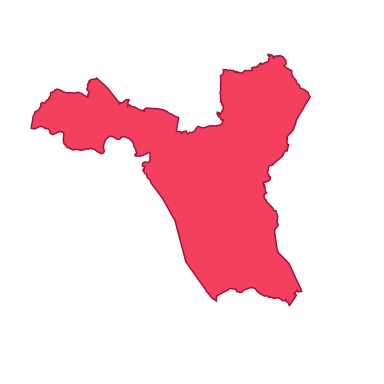 the district of El Limón, Jalisco, Mexico, rotated 255°
{"feature_id": "50627088B95926354203018", "entity_name": "El Limón", "entity_type": "district", "adm_level": 2, "iso_a3": "MEX", "parent_name": "Mexico", "parent_adm1": "Jalisco", "projection": "mercator", "projection_center": [-104.085, 19.851], "detail": "fine", "context": "isolated", "style": "filled", "palette": "rose", "viewbox_px": 384, "rotation_deg": 255, "n_neighbors": 0, "source": "geoboundaries", "source_scale": "gbopen_adm2", "svg_char_len": 6049}
<svg xmlns="http://www.w3.org/2000/svg" viewBox="0 0 384 384"><g transform="rotate(255 192 192)"><path d="M80.4,187.4L85.2,188.9L87.1,196.8L87.9,201.5L89.1,203.2L87.0,208.5L85.7,209.7L85.1,209.3L84.2,209.6L82.3,212.9L82.5,214.7L83.0,215.1L83.9,217.4L84.2,219.2L84.4,223.2L84.2,224.9L83.6,226.4L82.4,227.9L81.2,228.6L79.9,228.9L76.5,231.2L72.9,234.9L72.5,236.1L72.5,237.2L70.6,238.9L70.1,239.7L70.1,241.3L68.3,243.2L67.9,244.4L67.8,247.0L66.4,249.5L63.9,251.0L63.0,253.4L62.9,254.4L63.3,254.8L62.2,254.6L60.2,256.1L59.1,256.4L57.2,256.5L57.2,257.0L65.2,266.1L67.4,264.5L67.3,265.1L67.9,265.7L68.2,265.8L69.9,267.9L68.1,268.6L68.4,269.0L68.2,269.7L67.6,270.3L67.7,272.2L68.6,272.0L69.4,272.2L80.6,270.1L97.5,267.3L102.7,264.6L110.7,259.8L114.2,259.4L118.5,259.8L130.2,261.2L132.9,261.8L134.4,262.3L136.7,265.7L138.5,267.0L139.6,266.5L140.2,266.6L140.8,266.2L146.0,268.4L152.3,268.1L152.8,266.6L153.9,266.1L155.8,265.8L155.9,265.5L157.3,265.1L159.6,263.4L161.0,263.0L161.8,262.0L165.2,261.5L165.5,260.9L167.1,260.7L167.8,260.0L169.5,260.8L170.3,260.7L170.8,261.4L171.4,261.7L171.2,262.3L171.8,263.9L173.9,263.1L177.5,263.3L177.5,263.7L178.1,264.0L178.5,263.4L178.9,263.6L179.4,262.9L180.2,263.6L180.4,263.0L180.8,262.7L181.1,263.0L182.7,263.0L182.4,263.7L182.5,265.6L182.2,265.8L183.1,266.9L182.8,267.6L182.9,268.9L183.0,269.4L183.7,269.8L183.8,270.8L185.3,271.4L186.7,271.4L187.0,270.4L188.2,270.6L190.3,270.1L192.0,270.1L193.1,271.6L194.4,271.5L195.6,271.9L197.4,273.5L197.1,275.9L197.4,277.3L198.5,278.6L198.7,279.6L200.2,281.7L200.7,283.4L203.3,288.8L206.7,291.6L207.8,293.4L207.0,294.4L212.7,297.6L213.1,296.8L214.7,296.5L215.8,296.8L216.6,296.6L218.4,298.0L219.1,297.9L219.4,297.5L221.3,299.0L222.2,300.1L224.4,303.9L225.7,305.7L230.0,308.7L230.7,309.6L233.1,310.6L235.4,312.3L253.3,330.8L255.6,329.9L257.5,329.9L258.6,329.6L261.9,326.8L264.3,323.5L264.9,323.2L265.9,323.5L267.1,323.5L268.6,322.7L269.6,321.6L270.7,321.3L273.1,321.4L275.4,320.1L276.9,319.5L277.5,319.5L278.2,319.0L281.9,319.1L282.8,319.7L283.4,319.7L284.5,318.8L284.6,318.1L285.4,317.1L286.2,316.8L286.2,316.3L290.0,313.8L290.9,315.4L291.5,316.0L294.5,316.7L299.2,314.8L301.0,312.2L300.9,310.2L301.3,310.2L301.9,305.7L299.8,305.7L299.8,305.4L301.0,305.3L301.9,305.5L302.9,304.7L303.7,304.5L304.2,302.9L305.4,301.2L304.8,300.9L304.0,300.9L302.6,301.8L298.2,299.4L298.0,295.1L296.9,292.5L298.1,292.3L298.6,291.8L298.5,290.8L298.2,290.8L296.6,288.0L296.0,287.8L296.5,283.8L296.3,281.6L293.8,281.6L293.8,280.8L294.5,279.4L294.7,277.8L295.3,275.5L295.7,275.0L295.5,273.9L294.8,273.0L294.0,270.7L294.5,269.5L295.4,268.5L295.6,266.7L296.7,266.6L296.2,265.9L296.3,265.4L296.8,265.3L296.9,264.5L297.5,264.4L298.4,263.6L299.9,260.2L300.1,258.1L301.0,257.3L301.6,255.9L301.5,254.0L301.8,253.8L299.8,253.4L298.4,252.7L297.4,251.5L297.1,249.7L291.2,248.5L288.7,247.4L283.1,246.3L280.4,244.7L278.4,244.7L271.4,243.1L271.4,243.6L267.6,243.7L267.1,244.1L267.1,244.4L265.1,244.1L262.8,242.8L263.0,242.4L259.8,239.7L259.5,238.9L259.7,238.7L260.7,239.0L261.4,238.8L262.5,237.1L260.9,236.4L260.3,237.0L259.2,236.7L257.5,237.3L256.5,238.7L254.3,238.8L253.8,241.3L253.9,239.4L253.5,239.7L253.3,240.7L250.4,238.8L249.9,237.9L249.3,235.8L249.7,235.0L249.5,233.9L249.8,231.3L250.9,228.6L251.4,225.0L250.9,222.3L251.0,219.5L252.3,216.9L253.9,214.8L251.7,211.6L250.5,210.6L250.0,209.3L249.4,207.4L250.3,205.1L249.3,202.7L252.0,202.0L252.3,202.2L252.5,200.7L252.2,200.0L252.7,198.8L251.7,198.2L251.9,196.9L253.1,196.7L253.5,195.8L253.7,194.3L254.1,194.2L254.6,193.0L255.3,192.8L256.0,193.1L267.5,198.4L268.5,196.4L269.3,195.4L271.8,193.2L273.7,190.8L275.1,189.5L275.9,189.1L278.7,185.7L281.2,180.5L284.1,171.8L284.8,170.4L284.9,169.4L284.1,167.0L282.3,167.0L283.3,166.0L283.2,165.4L284.3,164.2L285.9,161.3L287.0,160.6L288.6,158.9L290.7,155.2L292.3,154.3L291.5,152.1L296.0,153.8L297.2,155.1L297.8,154.7L298.2,152.1L296.4,148.1L296.1,144.6L297.2,145.5L298.2,144.3L313.8,137.5L317.1,135.7L326.8,129.2L325.8,128.2L326.5,126.3L326.7,123.3L326.1,122.4L326.1,121.7L324.7,121.9L324.9,120.6L323.8,120.3L323.5,119.5L322.8,118.9L321.0,118.8L318.7,117.1L317.8,117.1L316.9,117.8L313.7,118.2L313.4,117.9L313.4,117.1L313.1,116.5L311.7,116.5L310.4,115.8L311.9,114.7L313.0,113.1L315.5,111.2L317.0,109.0L317.7,107.9L318.0,106.6L317.8,105.1L318.1,103.2L318.4,103.0L318.4,102.5L319.0,101.9L320.4,96.2L321.9,93.9L323.9,91.8L325.7,89.4L326.4,88.0L325.9,86.1L324.8,84.0L324.5,81.3L323.6,80.7L322.4,80.6L320.8,79.3L319.8,78.1L319.3,78.1L318.8,77.6L318.5,76.2L317.6,74.6L316.0,72.9L316.0,72.5L317.1,70.6L316.8,69.3L316.0,68.5L313.9,68.4L313.3,67.3L312.0,66.4L311.2,65.3L309.9,60.9L308.7,60.5L306.6,58.5L304.4,57.3L302.6,56.6L296.5,53.6L295.0,53.2L293.6,56.8L294.8,62.3L294.5,63.4L293.5,64.6L291.7,66.2L290.1,69.6L288.8,70.2L286.1,70.2L284.5,71.0L283.4,72.6L284.4,77.7L284.2,80.3L283.8,82.1L282.9,83.0L281.4,83.3L275.8,81.2L271.6,80.8L268.9,82.4L267.1,83.2L266.8,83.7L266.9,84.3L264.9,86.0L264.4,86.9L263.6,87.6L263.3,88.8L263.4,91.1L260.8,95.8L260.8,100.7L259.9,106.5L259.0,107.4L258.8,108.4L257.9,109.3L256.3,110.3L252.6,114.0L252.4,115.5L253.5,117.6L254.7,117.9L258.0,117.9L258.6,118.2L260.1,118.8L263.7,121.1L265.1,122.4L266.5,125.0L267.1,126.8L266.7,128.5L265.8,130.0L262.5,133.2L261.8,134.5L261.7,135.8L262.3,137.0L263.5,138.2L263.2,140.1L262.5,141.7L259.9,145.2L258.8,145.7L257.7,146.7L253.6,148.0L251.3,147.5L250.5,148.1L247.9,148.5L245.8,148.5L244.2,148.8L242.9,147.7L243.3,147.1L243.2,146.7L241.5,146.6L239.9,151.7L240.5,157.0L241.4,160.0L241.3,161.1L238.3,161.2L236.9,160.7L236.0,160.0L233.6,159.7L233.0,159.3L232.8,158.8L232.0,158.3L231.8,157.5L232.0,156.8L233.0,155.0L233.3,153.7L232.3,151.5L230.3,150.9L229.6,151.0L228.9,152.4L228.3,152.8L226.9,151.6L226.6,151.8L226.2,151.5L226.5,150.7L226.2,150.4L225.3,150.2L224.4,150.7L222.9,151.0L222.0,151.5L221.5,152.3L220.7,152.6L217.8,152.5L215.1,154.0L214.4,154.8L211.4,154.7L193.8,161.8L171.0,167.6L170.6,168.2L126.1,168.0L93.2,180.2L91.7,180.5L87.3,182.7L85.8,183.1L83.0,185.1L82.3,186.1L81.2,186.5L80.4,187.4Z" fill="#f43f5e" stroke="#9f1239" stroke-width="1.5"/></g></svg>